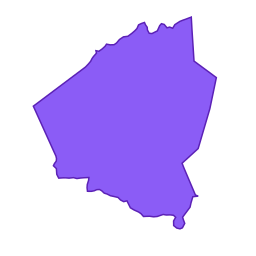 outline of Juru, Paraíba, Brazil, rotated 355°
{"feature_id": "56859067B46938052827534", "entity_name": "Juru", "entity_type": "district", "adm_level": 2, "iso_a3": "BRA", "parent_name": "Brazil", "parent_adm1": "Paraíba", "projection": "mercator", "projection_center": [-37.806, -7.51], "detail": "fine", "context": "isolated", "style": "filled", "palette": "violet", "viewbox_px": 256, "rotation_deg": 355, "n_neighbors": 0, "source": "geoboundaries", "source_scale": "gbopen_adm2", "svg_char_len": 1448}
<svg xmlns="http://www.w3.org/2000/svg" viewBox="0 0 256 256"><g transform="rotate(355 128 128)"><path d="M200.7,23.0L194.8,24.7L192.0,25.4L189.0,26.3L183.7,29.1L181.2,32.5L178.3,31.1L175.6,31.6L173.1,28.0L170.4,27.0L168.5,28.8L165.7,33.8L160.1,36.0L157.4,35.5L155.9,32.1L155.9,29.3L154.5,26.9L153.6,24.3L150.3,25.1L147.5,26.2L145.6,29.7L143.2,31.8L140.3,33.9L135.9,36.6L131.4,36.8L127.2,39.1L123.9,42.4L121.4,43.8L117.5,43.6L113.9,42.6L112.3,44.6L109.0,47.1L105.7,49.0L102.8,48.2L103.1,50.7L99.9,53.7L98.3,55.6L96.6,58.3L94.0,60.9L90.9,63.6L35.6,98.0L51.9,144.4L53.8,149.8L54.1,152.4L53.6,154.8L51.7,156.9L50.4,159.1L53.1,162.2L53.0,167.9L54.6,171.9L59.2,172.0L62.0,172.3L64.9,172.8L69.4,172.7L72.7,173.9L76.3,173.7L79.1,173.7L84.7,173.9L84.2,176.6L82.5,180.8L82.0,184.0L82.1,187.5L85.9,187.9L88.9,187.6L91.5,186.7L94.3,186.8L96.4,188.3L98.6,190.8L101.5,192.0L104.5,193.9L108.0,195.0L112.0,196.3L114.3,199.1L117.3,201.0L120.6,200.5L122.2,204.6L123.4,207.7L126.9,210.2L131.2,212.6L133.5,214.5L135.7,217.5L138.4,217.6L141.9,217.8L145.7,218.7L149.4,218.7L152.6,217.9L155.5,217.2L158.5,218.0L162.4,218.2L165.7,218.9L167.7,221.1L165.3,224.6L165.0,229.2L167.8,231.9L171.0,233.0L173.5,232.2L176.2,228.0L175.2,224.3L174.6,221.6L182.9,212.3L184.3,207.9L186.6,202.1L192.0,202.0L189.3,200.6L180.3,172.9L178.8,167.8L196.1,154.6L211.2,116.0L216.7,97.8L220.4,85.5L199.6,67.1L200.3,35.6L200.7,23.0Z" fill="#8b5cf6" stroke="#5b21b6" stroke-width="1.5"/></g></svg>